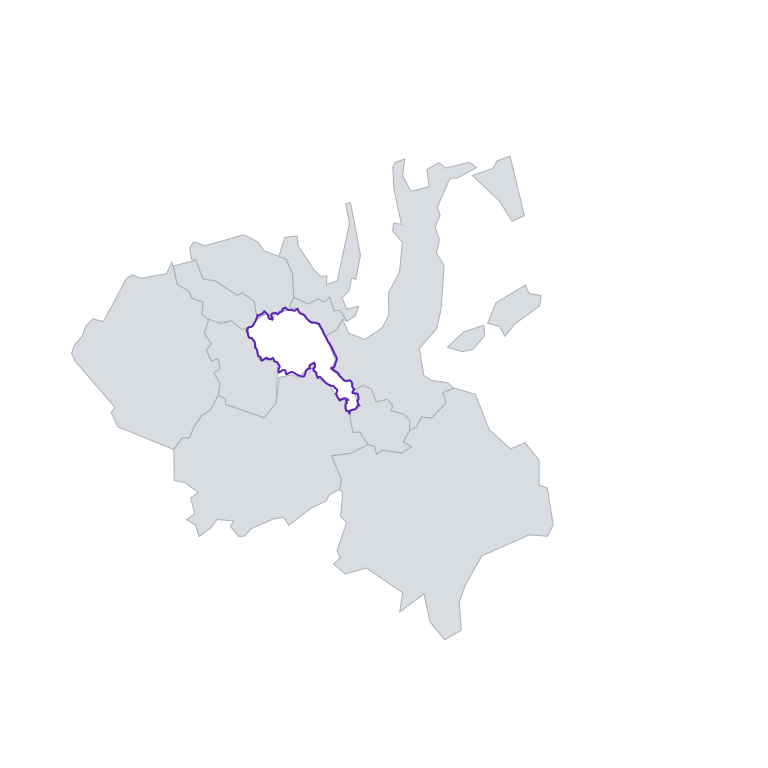 Austria highlighted, orthographic projection, rotated 232°
{"feature_id": "AUT", "entity_name": "Austria", "entity_type": "country or territory", "adm_level": 0, "iso_a3": "AUT", "parent_name": "Europe", "parent_adm1": "", "projection": "orthographic", "projection_center": [13.446, 47.7], "detail": "fine", "context": "with_neighbors", "style": "outline", "palette": "violet", "viewbox_px": 768, "rotation_deg": 232, "n_neighbors": 10, "source": "natural_earth", "source_scale": "50m", "svg_char_len": 8301}
<svg xmlns="http://www.w3.org/2000/svg" viewBox="0 0 768 768"><g transform="rotate(232 384 384)"><path d="M328.3,284.2L335.7,291.8L359.8,298.5L349.8,315.7L346.2,334.1L341.0,338.2L333.2,335.1L333.2,341.8L319.0,355.2L317.6,367.0L326.5,363.7L331.7,375.7L330.3,383.0L334.9,393.2L327.9,400.6L331.0,421.1L340.9,425.2L337.9,436.4L319.7,449.6L283.2,438.8L254.9,443.7L250.8,459.0L228.4,459.2L208.9,444.1L201.2,448.5L168.9,430.6L163.4,419.1L175.7,405.6L188.4,355.2L175.7,324.7L165.8,309.0L142.4,293.4L145.1,274.4L167.7,273.8L194.1,286.3L194.8,256.2L208.1,270.2L249.9,256.9L258.2,236.5L273.1,233.4L274.1,242.8L281.6,244.3L297.8,269.3L306.6,268.3L323.4,284.3L328.3,284.2ZM361.1,465.8L373.9,456.6L376.1,479.0L368.7,498.8L360.1,493.0L356.6,475.2L361.1,465.8Z" fill="#d9dde1" stroke="#a8b0b8" stroke-width="1"/><path d="M605.2,164.0L607.4,175.3L613.1,184.5L614.5,194.8L605.9,201.3L625.6,245.6L624.9,253.1L617.2,257.2L604.8,280.6L610.6,291.8L589.6,282.5L577.8,287.4L569.6,285.5L560.1,292.0L550.8,283.4L544.1,287.5L534.4,273.6L521.9,272.8L519.8,264.7L508.3,262.3L506.1,269.2L496.8,264.1L497.6,256.9L485.2,255.0L477.1,246.8L470.2,230.3L471.3,221.3L467.1,207.4L461.3,198.2L465.6,191.2L461.8,178.0L514.2,147.9L529.5,151.4L531.1,157.6L592.3,154.7L600.4,156.5L605.2,164.0Z" fill="#d9dde1" stroke="#a8b0b8" stroke-width="1"/><path d="M600.7,308.9L611.1,314.8L613.1,321.6L603.1,328.3L587.8,365.6L573.8,371.9L562.5,371.6L542.6,383.9L527.4,379.8L507.5,366.2L503.6,357.6L500.6,357.4L505.9,340.3L502.3,334.8L512.2,334.4L513.0,323.6L528.8,332.4L543.3,328.3L544.3,322.9L569.2,314.5L578.1,305.9L597.3,311.9L600.7,308.9Z" fill="#d9dde1" stroke="#a8b0b8" stroke-width="1"/><path d="M461.8,178.0L465.6,191.2L461.3,198.2L467.1,207.4L471.3,221.3L470.2,230.3L477.1,246.8L469.9,249.7L465.5,246.7L431.2,268.9L435.7,287.7L453.9,305.3L447.8,317.4L441.6,320.7L444.0,337.7L442.3,342.1L436.8,336.7L428.4,335.8L415.7,340.2L400.2,338.6L397.4,345.4L388.8,337.8L383.4,339.0L365.1,329.9L361.1,335.4L346.2,334.1L349.8,315.7L359.8,298.5L335.7,291.8L328.3,284.2L330.4,272.9L327.6,266.7L331.2,249.3L331.3,221.9L340.9,222.7L345.9,213.3L351.9,189.9L349.8,180.9L353.3,175.7L366.3,175.2L368.7,181.2L380.1,169.0L377.3,159.1L377.6,144.4L388.7,148.5L398.5,145.0L398.3,155.0L413.4,161.7L412.9,170.9L428.6,166.4L437.3,159.4L461.8,178.0Z" fill="#d9dde1" stroke="#a8b0b8" stroke-width="1"/><path d="M507.5,366.2L527.4,379.8L542.6,383.9L549.2,379.5L560.6,396.3L554.2,406.6L545.5,401.4L516.8,399.1L508.2,400.0L504.4,405.6L497.6,399.8L494.1,410.8L532.1,455.9L549.6,464.7L547.7,469.3L500.1,444.8L483.7,426.1L487.5,424.0L478.7,413.2L478.2,404.4L466.3,400.5L460.8,411.8L455.3,403.1L456.3,393.6L469.1,394.4L472.4,389.9L485.9,394.4L485.6,387.1L491.9,384.3L493.4,373.7L507.5,366.2Z" fill="#d9dde1" stroke="#a8b0b8" stroke-width="1"/><path d="M383.4,339.0L380.8,349.9L397.7,356.1L395.9,366.8L387.8,370.9L374.6,366.9L370.1,377.2L361.5,377.5L358.6,373.2L347.9,381.3L339.0,381.9L331.7,375.7L326.5,363.7L317.6,367.0L319.0,355.2L333.2,341.8L333.2,335.1L341.0,338.2L346.2,334.1L361.1,335.4L365.1,329.9L383.4,339.0Z" fill="#d9dde1" stroke="#a8b0b8" stroke-width="1"/><path d="M397.7,356.1L408.4,360.2L410.7,355.3L428.4,351.2L432.2,360.3L457.8,367.2L455.9,380.1L460.4,391.2L445.8,387.4L430.8,396.5L429.3,416.9L435.3,430.3L452.9,443.5L462.6,465.0L484.3,485.7L499.6,485.1L504.5,490.7L499.2,496.1L531.8,512.0L549.5,524.5L551.8,529.2L548.6,538.7L536.9,527.2L519.4,523.8L511.7,540.9L526.5,549.9L524.7,563.5L516.3,565.4L506.1,587.9L497.5,590.2L501.2,568.3L505.5,562.7L490.7,535.1L482.4,532.0L476.3,520.9L463.5,516.4L454.9,506.0L440.4,504.3L407.8,475.0L395.2,459.6L390.3,433.6L366.3,420.7L357.5,423.7L345.9,435.0L337.9,436.4L340.9,425.2L331.0,421.1L327.9,400.6L334.9,393.2L330.3,383.0L331.7,375.7L339.0,381.9L347.9,381.3L358.6,373.2L361.5,377.5L370.1,377.2L374.6,366.9L387.8,370.9L395.9,366.8L397.7,356.1ZM457.4,587.6L494.0,582.0L486.9,602.4L490.2,610.3L486.1,623.6L430.3,598.3L433.4,585.1L457.4,587.6ZM357.9,510.6L368.1,503.1L379.1,522.2L374.9,556.2L365.8,554.1L357.1,562.3L349.8,555.0L350.8,523.7L347.1,508.6L357.9,510.6Z" fill="#d9dde1" stroke="#a8b0b8" stroke-width="1"/><path d="M457.8,367.2L472.7,369.1L481.7,363.0L497.4,361.9L500.6,357.4L503.6,357.6L507.5,366.2L493.4,373.7L491.9,384.3L485.6,387.1L485.9,394.4L472.4,389.9L469.1,394.4L456.3,393.6L460.4,391.2L455.9,380.1L457.8,367.2Z" fill="#d9dde1" stroke="#a8b0b8" stroke-width="1"/><path d="M606.7,290.7L597.3,311.9L578.1,305.9L569.2,314.5L544.3,322.9L543.3,328.3L528.8,332.4L513.0,323.6L510.9,314.7L514.3,305.4L527.6,302.5L538.0,286.3L550.8,283.4L560.1,292.0L569.6,285.5L577.8,287.4L589.6,282.5L606.7,290.7Z" fill="#d9dde1" stroke="#a8b0b8" stroke-width="1"/><path d="M477.1,246.8L485.2,255.0L497.6,256.9L496.8,264.1L506.1,269.2L508.3,262.3L519.8,264.7L521.9,272.8L534.4,273.6L543.0,285.9L531.9,292.6L527.6,302.5L514.3,305.4L512.1,311.3L503.9,306.7L495.9,308.3L482.3,300.7L466.8,313.7L435.7,287.7L431.2,268.9L465.5,246.7L469.9,249.7L477.1,246.8Z" fill="#d9dde1" stroke="#a8b0b8" stroke-width="1"/><path d="M381.9,345.6L383.5,342.5L383.9,340.5L382.7,339.3L382.2,338.9L382.6,338.7L384.4,339.0L385.6,338.4L386.2,337.8L387.8,338.5L390.0,339.8L391.1,340.7L391.5,341.4L391.8,341.9L391.6,342.8L392.1,343.2L393.2,343.4L393.9,343.7L393.6,344.9L393.5,345.9L394.5,345.8L395.8,345.1L396.9,343.8L397.6,342.4L398.2,339.2L398.3,339.0L399.1,339.2L402.2,339.2L403.6,339.9L405.9,340.0L405.9,340.6L406.3,341.4L407.3,342.5L407.7,343.3L408.8,343.5L410.5,343.1L411.5,342.7L411.8,343.0L413.4,342.8L414.7,341.9L415.1,341.2L416.5,340.7L418.3,339.6L420.9,338.8L429.2,338.0L429.5,337.3L429.4,335.7L429.6,335.5L430.6,335.9L432.3,336.3L433.6,336.9L434.4,337.6L435.2,337.7L436.4,337.2L438.0,336.8L439.5,337.6L439.9,338.5L439.6,338.9L439.7,339.6L440.1,340.2L441.3,341.1L442.9,341.9L443.7,341.9L444.0,341.1L444.3,339.2L444.5,337.3L444.1,336.1L443.3,335.8L442.3,335.7L441.7,335.5L441.9,334.9L442.7,333.3L442.7,331.1L440.9,328.6L439.4,326.2L439.4,325.4L440.3,324.0L441.8,322.9L445.0,321.1L446.0,320.7L447.3,320.4L449.2,319.6L450.1,318.8L450.7,318.0L451.6,313.5L451.8,313.3L452.1,313.0L455.3,314.6L455.6,314.3L456.2,314.1L457.2,312.9L457.5,312.0L457.4,310.3L457.5,308.7L457.7,308.2L458.2,308.4L459.6,309.2L460.7,310.1L461.8,312.5L464.2,313.1L467.3,313.1L468.4,312.0L469.4,311.8L470.5,312.1L472.9,312.4L473.1,310.5L474.5,308.5L475.1,307.8L476.8,307.9L477.2,306.4L477.5,302.3L477.9,301.8L479.2,301.9L480.4,302.6L480.8,303.2L481.5,303.1L482.4,302.7L483.4,302.4L485.0,302.8L488.4,304.6L490.1,305.2L491.2,305.0L492.3,305.0L496.4,307.8L499.2,308.1L501.7,308.0L502.5,307.1L503.6,306.3L504.7,306.4L505.7,306.7L507.7,307.9L508.6,308.2L509.8,308.3L510.6,308.5L511.5,310.7L512.0,311.2L511.9,311.5L511.9,312.5L511.2,313.8L510.6,315.4L510.7,316.8L512.8,321.7L514.6,324.6L514.9,325.7L516.1,326.6L515.1,327.7L515.0,329.4L514.3,330.1L514.2,331.1L514.5,331.9L514.6,333.0L515.0,334.4L513.4,334.8L511.4,334.8L510.8,335.0L510.1,335.4L509.4,335.2L507.6,333.9L506.6,333.7L505.9,333.8L505.4,334.4L504.5,335.2L503.7,335.8L503.9,336.2L507.6,337.3L508.4,339.2L507.7,340.8L507.5,341.6L506.7,342.2L505.6,342.8L504.4,342.9L504.3,343.8L504.9,346.2L504.5,346.8L504.1,347.6L504.5,349.6L505.3,349.7L505.5,350.1L505.4,351.0L505.3,351.8L505.1,352.8L505.0,353.2L504.4,353.5L502.8,353.4L501.4,354.2L498.7,357.2L497.7,357.7L496.6,358.9L496.8,361.4L496.6,361.6L496.4,362.1L493.0,361.3L492.8,361.3L490.6,361.7L489.0,362.9L487.1,363.6L483.1,363.4L479.3,363.9L478.4,364.3L477.4,364.5L476.4,365.1L475.9,366.1L474.9,367.3L473.6,368.3L472.1,369.0L471.8,369.6L471.3,370.0L470.4,369.5L469.7,369.5L468.9,369.2L466.2,368.9L463.1,368.4L461.7,367.9L460.1,367.5L458.3,367.2L456.7,367.1L455.9,366.9L452.2,366.0L449.7,366.0L446.4,365.6L439.9,364.1L438.0,363.6L436.2,363.4L434.0,362.9L432.4,362.0L431.4,360.5L430.3,358.5L428.3,355.9L427.9,354.6L428.5,353.5L429.2,352.6L429.1,352.3L428.6,352.1L425.1,353.1L421.6,354.4L420.2,354.5L418.9,354.1L417.2,354.0L415.5,354.4L412.1,354.5L410.1,355.5L408.8,357.4L408.0,359.0L407.5,359.5L406.3,359.7L404.5,359.5L403.3,359.0L402.1,357.5L400.1,357.3L398.3,357.2L397.9,356.9L397.9,356.0L397.3,354.3L396.2,353.7L393.0,356.8L392.2,357.0L389.8,356.0L387.7,354.6L387.5,353.6L387.2,352.7L385.5,351.9L383.3,351.2L382.6,351.2L382.9,350.7L383.2,349.9L383.0,349.3L382.5,348.6L382.3,347.8L382.2,347.1L382.1,346.5L382.0,346.0L381.9,345.6Z" fill="none" stroke="#5b21b6" stroke-width="2"/></g></svg>